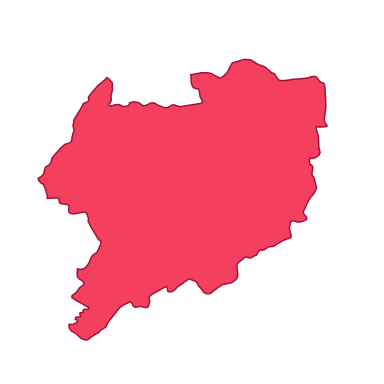 outline of Son La, Son La, Vietnam, rotated 80°
{"feature_id": "81297802B47097666741506", "entity_name": "Son La", "entity_type": "district", "adm_level": 2, "iso_a3": "VNM", "parent_name": "Vietnam", "parent_adm1": "Son La", "projection": "equal_earth", "projection_center": [103.913, 21.343], "detail": "fine", "context": "isolated", "style": "filled", "palette": "rose", "viewbox_px": 384, "rotation_deg": 80, "n_neighbors": 0, "source": "geoboundaries", "source_scale": "gbopen_adm2", "svg_char_len": 5405}
<svg xmlns="http://www.w3.org/2000/svg" viewBox="0 0 384 384"><g transform="rotate(80 192 192)"><path d="M288.5,174.8L288.3,170.8L288.3,169.8L288.2,168.7L287.5,167.3L286.8,165.7L285.6,163.7L284.0,162.0L279.1,161.0L275.4,160.9L271.9,160.6L270.6,159.7L269.9,158.9L268.9,157.6L267.2,154.2L265.3,151.0L265.8,148.8L266.7,147.5L267.2,145.9L266.7,144.5L265.5,140.9L265.2,139.1L262.6,137.5L261.4,135.9L261.0,135.1L261.0,134.3L261.3,133.3L261.5,132.3L261.4,130.7L260.5,129.2L259.9,127.6L259.3,125.7L259.4,124.3L259.7,122.4L259.4,120.5L258.7,118.7L257.9,117.2L256.8,113.9L255.9,111.9L255.4,109.5L254.6,106.2L254.5,104.4L254.2,103.1L254.0,102.4L251.1,101.9L249.1,102.2L243.9,102.3L241.8,101.3L239.5,100.4L238.4,99.7L237.9,98.7L237.8,97.8L238.7,95.6L239.5,94.4L239.9,93.0L240.3,90.0L239.6,85.6L239.1,84.5L238.1,83.5L236.4,83.8L235.2,84.4L233.8,85.4L232.2,85.9L230.6,85.7L226.8,83.0L222.2,79.9L218.0,76.3L214.9,72.4L213.1,71.0L209.7,68.6L203.5,69.1L199.7,69.2L196.4,70.7L194.7,70.7L191.9,69.7L189.0,68.8L187.7,68.8L186.3,69.7L185.5,70.6L184.1,71.1L182.7,71.1L181.7,70.9L181.0,70.8L179.5,70.4L179.5,68.8L179.7,67.3L179.7,65.7L179.5,64.1L179.0,62.8L177.5,60.3L175.3,59.0L170.1,59.3L163.5,58.4L158.5,57.8L151.7,58.8L150.0,58.8L149.6,58.3L149.4,57.5L150.1,55.7L150.7,50.7L150.8,49.3L150.9,48.1L150.6,47.7L149.9,47.5L148.2,48.3L147.1,49.0L145.5,49.2L143.1,49.0L139.7,48.0L136.2,46.8L131.8,45.5L122.3,44.1L116.9,43.6L112.6,43.0L109.9,43.0L109.2,42.9L107.7,43.4L106.9,44.7L106.3,45.7L105.6,46.9L103.1,48.1L100.2,49.7L99.5,50.8L99.2,54.4L99.8,58.4L99.5,63.0L99.2,68.1L99.1,68.6L98.5,72.7L98.6,77.7L98.3,81.0L98.0,83.7L97.4,86.0L96.3,87.4L94.5,88.3L93.4,89.1L90.4,89.9L89.2,91.1L88.5,93.0L86.4,94.2L83.6,96.7L81.0,99.1L78.7,103.3L76.9,106.0L75.7,107.0L73.6,109.4L71.9,111.6L71.1,114.8L70.5,117.7L71.3,124.2L71.3,124.9L71.9,129.9L72.4,130.3L73.3,131.0L76.1,133.4L80.6,136.7L82.4,139.4L83.4,141.0L84.2,142.8L84.7,143.8L84.7,144.8L84.0,145.7L80.4,150.4L78.6,152.6L77.6,155.0L77.0,157.6L76.6,159.8L76.1,161.9L76.2,163.9L76.3,166.0L76.4,168.9L76.2,172.9L78.6,173.0L83.5,173.7L87.4,173.4L89.4,172.5L91.2,169.7L91.6,167.7L92.5,167.3L99.8,167.5L103.1,166.2L105.1,166.1L105.5,166.4L106.0,167.2L106.4,168.2L106.2,169.5L106.2,173.9L106.0,182.8L106.0,184.9L105.9,187.6L105.5,189.8L104.8,191.5L103.5,193.5L103.2,194.4L102.8,196.0L102.8,196.4L103.4,197.9L104.6,201.4L104.5,203.2L104.1,204.6L103.5,206.0L102.6,207.1L101.2,209.5L100.0,211.3L98.1,213.0L97.5,215.2L97.2,217.0L97.4,218.5L98.3,220.1L98.5,221.1L98.8,223.9L98.2,225.5L97.1,226.8L96.0,227.7L95.1,228.6L94.5,229.3L94.1,230.9L93.3,232.8L93.0,234.7L93.2,235.8L93.4,238.0L94.1,238.2L95.9,239.5L96.1,240.6L96.1,242.8L95.9,244.5L95.4,245.7L93.9,247.6L93.3,248.6L93.0,249.4L92.8,251.0L92.8,252.8L92.9,253.9L93.0,255.3L93.0,255.9L93.1,256.6L93.0,257.2L93.0,257.7L92.8,258.1L92.4,258.4L91.3,258.7L90.8,258.7L90.6,258.6L89.9,257.0L88.9,256.3L87.3,255.5L85.1,255.3L82.3,254.9L80.6,253.9L77.2,252.4L74.6,252.3L71.1,251.4L67.1,253.5L64.5,255.8L66.3,258.2L69.0,262.8L70.8,266.1L76.3,272.9L79.3,276.3L80.5,277.6L84.0,277.7L85.2,279.6L85.4,281.2L85.7,282.4L86.1,283.7L88.6,285.4L100.8,296.0L102.7,296.3L105.7,297.6L108.0,297.6L110.9,297.3L111.2,297.5L113.6,299.1L117.3,300.6L121.1,301.9L122.4,303.9L123.0,309.0L124.7,311.7L126.0,313.8L131.4,320.6L134.2,323.9L138.0,325.5L140.1,327.5L141.0,328.5L141.2,329.8L142.1,332.0L144.4,333.4L148.1,334.7L150.7,337.8L151.8,341.1L152.0,341.1L153.9,341.0L157.0,339.2L158.9,336.9L161.9,336.1L167.0,335.5L170.4,335.1L173.2,335.7L173.6,331.7L174.4,326.2L175.5,324.4L177.4,324.3L180.0,324.2L180.6,323.4L181.2,321.4L182.3,317.7L184.2,315.4L184.6,315.5L186.5,316.1L189.0,316.7L190.2,316.7L191.1,316.2L191.6,315.8L192.3,314.7L193.0,312.2L193.1,308.5L193.0,304.8L192.9,302.4L193.5,300.7L195.1,299.3L200.5,298.5L201.9,299.2L203.2,299.2L207.4,298.1L215.7,295.0L222.6,292.3L223.9,291.0L224.7,290.3L227.5,290.9L232.6,294.4L235.1,296.3L237.1,300.9L238.8,302.5L243.4,305.4L246.3,307.9L248.6,311.1L248.9,312.3L248.9,314.0L248.8,316.0L247.7,318.1L251.5,319.1L253.7,319.4L256.1,319.4L258.3,317.8L259.4,316.4L261.7,314.7L262.6,314.1L264.5,315.0L267.0,319.6L270.6,323.1L272.7,327.1L273.6,328.5L275.3,328.5L279.0,324.5L281.0,321.9L285.1,317.1L286.7,315.1L287.2,314.6L288.0,313.8L289.1,314.0L289.4,314.4L289.4,315.8L288.8,318.1L288.9,318.9L289.8,319.8L290.5,320.0L291.1,319.8L291.4,319.8L291.7,320.7L291.6,321.9L291.5,322.7L291.6,323.2L293.0,323.8L294.3,323.3L294.9,323.1L295.3,323.5L295.6,324.2L295.6,325.1L295.1,326.4L295.0,327.6L295.6,328.5L296.9,329.1L298.3,327.6L299.1,327.0L299.7,327.1L300.8,328.5L301.2,330.6L301.8,332.2L301.7,333.2L301.1,334.9L300.9,335.8L301.4,336.2L302.7,336.5L304.9,336.4L305.2,336.2L307.9,335.0L311.3,330.9L317.0,326.6L319.2,322.7L319.5,321.5L319.2,320.0L317.4,316.7L315.1,311.4L314.3,308.3L312.4,306.2L310.0,300.3L305.7,297.2L296.8,287.3L293.1,283.0L291.2,278.5L289.3,271.9L290.3,270.8L294.5,269.4L295.6,267.9L295.8,265.2L295.8,262.3L296.8,260.0L297.8,257.8L297.9,256.4L297.4,255.2L294.7,253.6L292.4,252.6L288.7,252.9L288.0,252.5L286.7,250.8L285.5,248.3L283.6,242.7L281.6,237.0L280.6,233.7L280.9,233.2L285.6,233.0L286.3,232.1L286.6,229.0L285.7,226.4L282.6,222.4L280.1,216.3L279.1,214.9L277.9,211.9L277.1,210.6L277.2,209.8L278.7,207.2L281.1,203.3L285.9,201.6L289.0,199.7L292.9,197.8L293.9,196.4L294.8,195.2L295.2,193.2L294.9,191.1L293.7,188.9L290.6,183.0L289.0,179.2L288.4,177.3L288.5,174.8Z" fill="#f43f5e" stroke="#9f1239" stroke-width="1.5"/></g></svg>